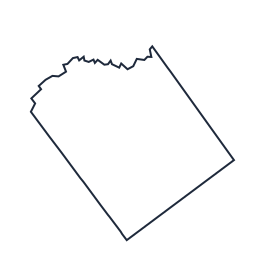 the district of Ashley, Arkansas, United States of America, rotated 53°
{"feature_id": "52423323B23715920537836", "entity_name": "Ashley", "entity_type": "district", "adm_level": 2, "iso_a3": "USA", "parent_name": "United States of America", "parent_adm1": "Arkansas", "projection": "equal_earth", "projection_center": [-91.919, 33.202], "detail": "fine", "context": "isolated", "style": "outline", "palette": "slate", "viewbox_px": 256, "rotation_deg": 53, "n_neighbors": 0, "source": "geoboundaries", "source_scale": "gbopen_adm2", "svg_char_len": 762}
<svg xmlns="http://www.w3.org/2000/svg" viewBox="0 0 256 256"><g transform="rotate(53 128 128)"><path d="M56.6,195.8L87.4,196.0L87.9,196.0L107.6,195.9L139.3,196.2L144.4,196.0L172.8,196.3L173.1,196.3L175.4,196.3L177.7,196.3L185.4,196.3L187.4,196.2L190.7,196.2L206.4,196.2L209.2,196.5L216.8,196.5L217.4,62.7L178.3,61.8L108.3,60.1L103.5,60.1L77.4,59.5L78.3,63.3L85.3,66.6L82.8,69.6L83.5,74.0L78.1,79.4L81.8,86.6L80.8,93.0L72.4,94.6L74.5,98.7L67.4,102.4L63.7,101.3L65.0,105.6L63.2,108.8L55.3,111.2L56.1,115.3L52.6,114.4L51.6,119.6L47.9,122.2L44.4,120.5L44.6,126.3L41.0,125.6L39.0,129.9L40.4,137.8L38.6,141.6L45.7,143.6L45.0,152.4L40.9,157.0L39.9,164.8L40.7,174.0L44.7,174.1L46.2,187.4L52.5,187.4L56.6,195.8Z" fill="none" stroke="#1e293b" stroke-width="2"/></g></svg>